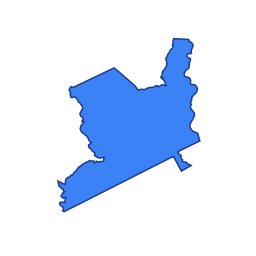 the district of São Mateus do Maranhão, Maranhão, Brazil, rotated 334°
{"feature_id": "56859067B61548310814974", "entity_name": "São Mateus do Maranhão", "entity_type": "district", "adm_level": 2, "iso_a3": "BRA", "parent_name": "Brazil", "parent_adm1": "Maranhão", "projection": "mercator", "projection_center": [-44.527, -3.987], "detail": "fine", "context": "isolated", "style": "filled", "palette": "blue", "viewbox_px": 256, "rotation_deg": 334, "n_neighbors": 0, "source": "geoboundaries", "source_scale": "gbopen_adm2", "svg_char_len": 3148}
<svg xmlns="http://www.w3.org/2000/svg" viewBox="0 0 256 256"><g transform="rotate(334 128 128)"><path d="M168.3,189.4L167.2,187.7L165.5,186.7L165.7,185.2L165.1,184.0L163.3,183.0L162.2,182.1L163.1,180.6L162.6,178.8L162.6,177.1L163.7,176.5L163.3,175.2L162.3,173.7L162.2,171.6L165.3,171.1L184.3,171.1L187.0,171.1L187.1,169.6L188.0,165.1L188.3,163.2L185.4,159.8L184.4,158.0L184.1,156.2L184.1,154.9L184.6,153.2L185.3,151.9L186.8,150.8L189.0,149.2L190.5,148.1L192.3,146.7L193.4,145.7L194.2,143.3L193.6,140.9L193.0,138.8L193.1,137.0L193.9,135.7L195.4,134.5L195.1,132.9L196.1,132.0L197.9,130.1L198.9,128.4L201.5,127.1L204.3,126.4L205.8,125.4L206.7,124.4L207.6,122.8L207.8,121.5L207.5,119.8L206.7,118.2L203.8,116.5L203.8,114.8L205.1,112.9L205.4,111.1L204.9,109.6L204.1,108.5L202.9,107.7L201.9,107.0L201.6,105.3L202.7,103.2L205.4,101.6L208.4,101.0L209.6,100.0L211.2,97.2L212.3,95.6L213.5,94.8L214.5,93.3L213.3,91.7L212.4,89.8L213.0,88.2L214.7,87.5L216.3,88.5L217.8,88.7L218.3,87.3L219.0,85.8L220.5,84.5L222.0,83.2L223.0,81.6L222.7,79.8L222.2,78.5L220.8,76.2L221.3,75.0L217.1,72.6L208.2,67.7L207.1,68.8L206.3,70.3L205.5,72.0L204.2,73.0L204.2,74.8L202.6,75.9L200.1,76.5L198.5,77.9L196.1,79.2L194.4,81.1L192.9,81.6L192.2,82.8L191.9,84.8L191.0,87.5L190.1,88.8L188.7,89.7L186.4,91.4L184.4,92.1L183.4,92.7L182.9,94.0L181.8,95.2L179.8,96.8L181.5,98.2L180.2,98.6L181.3,101.0L181.3,103.0L180.8,105.1L181.0,106.6L179.6,105.7L178.4,104.5L177.2,104.1L175.4,104.2L173.5,104.4L173.1,103.0L171.8,102.2L169.9,102.5L168.1,102.3L166.2,101.5L164.3,100.8L162.5,100.7L161.1,100.9L159.3,100.5L157.5,99.3L156.0,98.7L153.7,98.6L152.9,93.6L144.3,73.2L141.8,67.9L96.2,67.5L95.2,65.9L93.7,66.5L92.1,67.5L91.7,69.0L92.0,71.0L90.5,72.6L90.7,74.1L90.2,75.6L91.4,76.3L93.0,76.0L94.5,78.2L95.0,79.8L94.8,81.9L95.0,83.2L95.8,84.5L95.8,86.0L96.4,88.2L96.2,90.1L94.9,91.0L94.1,91.9L92.9,92.7L91.1,93.9L90.7,96.2L91.3,97.8L91.9,98.9L91.8,100.5L90.3,101.0L89.5,102.3L90.9,102.0L91.2,103.4L89.7,104.5L88.2,104.6L86.6,105.5L84.7,107.6L84.5,109.3L84.6,111.7L85.6,113.4L86.6,115.7L87.5,117.8L87.7,119.3L87.5,121.3L87.7,123.4L88.6,125.0L87.0,125.7L85.6,125.7L84.5,126.9L84.4,128.8L85.5,130.3L85.6,132.6L86.3,133.9L87.4,136.1L85.8,138.0L86.8,139.6L87.9,141.5L89.6,142.7L90.8,143.0L92.3,143.4L93.7,144.1L92.7,144.9L92.2,146.5L90.9,146.9L89.6,146.8L88.5,146.0L86.5,145.5L84.9,143.9L84.0,144.8L82.4,144.6L82.7,142.5L81.1,142.2L79.9,141.0L78.8,140.3L77.4,140.9L75.6,140.3L74.1,140.6L72.5,140.7L70.6,140.8L69.1,141.4L67.3,141.4L65.6,141.9L62.9,143.7L60.7,144.0L57.4,145.9L55.9,145.3L54.3,146.4L51.9,146.0L50.1,146.7L48.6,148.1L47.8,149.7L47.2,151.1L45.6,150.0L44.5,148.8L44.1,147.4L42.7,146.7L41.9,145.0L41.3,146.5L41.0,148.5L40.5,150.0L41.3,151.6L41.8,153.3L43.0,154.2L42.4,155.7L43.0,157.5L40.9,157.7L37.9,160.0L38.4,161.6L39.3,163.0L41.6,163.2L40.6,164.4L39.1,166.1L38.5,167.3L37.6,166.4L35.7,165.4L34.4,165.0L33.4,165.9L33.3,167.6L34.3,169.6L34.9,171.6L34.1,173.0L33.0,173.6L33.8,175.2L43.6,175.0L46.2,175.0L50.0,175.0L72.1,174.6L88.6,174.4L100.4,174.2L139.2,173.6L154.3,173.4L156.4,173.9L156.7,180.9L156.9,184.7L157.1,190.1L168.3,189.4Z" fill="#3b82f6" stroke="#1e3a8a" stroke-width="1.5"/></g></svg>